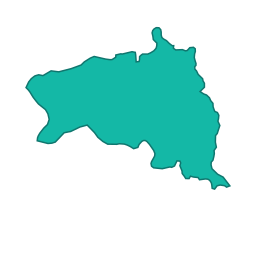 General Câmara, Rio Grande do Sul, Brazil, rotated 162°
{"feature_id": "56859067B97267452374652", "entity_name": "General Câmara", "entity_type": "district", "adm_level": 2, "iso_a3": "BRA", "parent_name": "Brazil", "parent_adm1": "Rio Grande do Sul", "projection": "natural_earth1", "projection_center": [-51.935, -29.838], "detail": "fine", "context": "isolated", "style": "filled", "palette": "teal", "viewbox_px": 256, "rotation_deg": 162, "n_neighbors": 0, "source": "geoboundaries", "source_scale": "gbopen_adm2", "svg_char_len": 2208}
<svg xmlns="http://www.w3.org/2000/svg" viewBox="0 0 256 256"><g transform="rotate(162 128 128)"><path d="M183.5,206.1L192.7,204.1L196.5,206.2L198.9,206.3L200.5,206.3L204.6,204.9L206.2,203.8L208.2,202.5L212.5,197.9L211.2,195.4L210.2,192.7L208.7,186.5L207.1,182.0L205.7,178.5L200.8,171.0L200.2,168.3L199.8,166.2L200.3,160.5L203.5,156.2L208.0,154.0L213.5,150.3L215.8,148.2L217.0,146.7L218.3,143.9L208.9,138.0L205.0,137.1L201.5,137.1L190.2,143.2L185.6,142.7L183.7,142.4L173.4,143.8L165.9,143.4L161.3,134.0L159.5,128.4L156.0,122.9L152.3,118.9L143.8,116.0L141.1,115.7L139.6,115.1L136.4,113.8L134.0,112.0L131.7,109.8L129.0,106.6L124.6,106.5L122.6,108.9L119.0,111.0L117.1,111.3L115.5,110.8L114.2,109.4L112.6,105.7L110.5,98.7L110.3,95.3L111.4,93.0L116.0,88.7L117.1,87.1L117.4,84.4L115.9,82.2L110.7,79.9L108.0,78.7L100.2,78.0L98.6,77.1L95.5,77.5L91.6,81.6L88.8,80.4L88.7,78.5L90.3,76.1L89.9,70.5L90.5,68.0L89.3,64.5L88.7,62.1L85.5,61.0L83.5,62.9L81.0,61.2L76.6,59.2L76.0,56.7L70.0,55.6L67.8,54.6L66.5,53.0L65.7,50.2L65.9,48.0L66.6,44.6L64.5,43.1L61.1,45.5L58.0,45.3L54.0,43.3L52.5,41.3L49.0,41.5L52.7,51.9L57.1,56.4L60.7,63.3L60.4,67.3L59.4,69.8L57.2,71.1L55.2,74.3L53.8,77.0L53.1,80.0L49.9,82.4L49.3,87.5L47.1,93.7L44.8,95.2L42.9,97.9L39.9,102.0L40.4,106.7L39.1,108.8L37.7,112.0L38.2,115.1L40.3,116.9L40.5,119.0L40.5,121.9L39.6,125.2L40.9,128.5L41.2,131.6L43.1,135.1L45.5,137.0L48.2,140.4L42.7,143.2L41.5,146.9L42.1,149.7L41.8,151.8L44.7,157.3L45.2,161.1L46.2,163.3L45.6,165.7L44.1,166.5L43.4,168.3L43.4,171.0L43.2,174.5L41.7,178.0L40.3,180.0L39.6,182.6L40.8,184.5L44.4,185.3L47.7,183.4L49.5,183.6L52.0,185.7L58.5,187.5L60.2,189.8L59.1,192.2L60.5,192.6L62.7,195.8L64.4,199.2L66.7,201.7L67.8,203.6L67.7,206.1L66.8,209.0L66.5,211.4L67.6,213.8L70.2,214.7L72.7,214.1L74.4,213.0L75.7,211.0L76.0,207.5L76.6,204.3L74.3,199.8L75.3,197.2L76.7,195.1L79.6,193.4L83.4,192.5L86.4,192.2L89.1,193.1L91.3,193.8L93.4,193.1L94.9,192.3L95.9,189.5L96.9,187.8L99.8,188.4L98.1,195.2L97.7,197.7L100.6,199.3L110.5,200.1L112.1,200.8L117.0,201.2L117.8,199.1L122.0,198.0L123.9,198.5L127.9,200.4L138.1,206.5L142.4,206.1L149.1,204.4L153.1,202.4L163.8,202.0L176.5,202.8L183.5,206.1Z" fill="#14b8a6" stroke="#0f766e" stroke-width="1.5"/></g></svg>